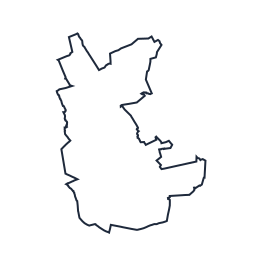 Huimilpan, Querétaro, Mexico (Natural Earth projection), rotated 350°
{"feature_id": "50627088B5826764416597", "entity_name": "Huimilpan", "entity_type": "district", "adm_level": 2, "iso_a3": "MEX", "parent_name": "Mexico", "parent_adm1": "Querétaro", "projection": "natural_earth1", "projection_center": [-100.316, 20.419], "detail": "fine", "context": "isolated", "style": "outline", "palette": "slate", "viewbox_px": 256, "rotation_deg": 350, "n_neighbors": 0, "source": "geoboundaries", "source_scale": "gbopen_adm2", "svg_char_len": 5499}
<svg xmlns="http://www.w3.org/2000/svg" viewBox="0 0 256 256"><g transform="rotate(350 128 128)"><path d="M67.0,212.0L68.5,213.9L68.6,214.1L70.8,216.0L71.5,216.5L72.9,217.4L73.3,217.3L78.9,216.9L79.1,217.0L79.4,217.2L79.4,217.5L79.8,218.0L80.3,218.5L81.3,219.5L81.7,219.9L82.4,220.8L83.3,221.6L85.7,223.8L86.8,224.8L88.6,226.1L90.4,227.1L91.2,227.7L91.6,226.7L92.7,224.4L94.3,220.4L104.0,224.1L105.4,224.7L113.7,227.9L118.9,229.8L120.0,229.9L120.8,229.8L123.0,229.7L126.0,229.4L128.7,228.8L129.1,228.7L130.5,228.3L133.2,227.7L134.7,227.6L135.0,227.5L135.8,227.4L136.3,227.3L137.4,227.2L138.7,227.5L139.2,227.6L139.8,227.6L141.4,227.2L142.0,227.1L145.9,227.0L147.3,226.8L148.1,226.7L148.7,226.6L150.1,226.3L152.3,220.2L153.8,216.6L154.4,215.1L154.7,214.3L155.7,211.6L156.4,207.9L156.7,206.1L156.1,205.5L155.8,204.8L155.2,204.8L155.2,203.8L157.1,203.5L157.3,202.2L170.6,203.7L171.7,203.8L176.2,204.4L176.6,204.4L176.9,204.5L177.3,204.2L181.4,201.7L182.6,200.5L182.5,200.2L182.8,199.5L182.7,198.2L183.0,198.2L183.3,198.3L183.3,198.5L183.2,199.0L183.3,199.0L183.6,199.1L188.4,197.0L188.8,197.1L189.0,197.4L190.9,196.5L193.9,190.3L194.5,189.7L194.8,189.9L198.6,173.6L196.2,171.6L195.7,171.7L195.3,171.8L194.2,171.8L193.7,172.1L193.0,170.5L192.8,170.3L191.7,169.8L191.0,169.0L190.5,168.2L189.5,172.9L170.6,173.7L156.8,174.3L153.9,174.3L152.6,171.8L154.0,170.2L150.5,165.0L155.6,162.2L155.6,161.9L155.2,158.4L155.0,157.4L155.1,155.6L154.9,154.9L154.9,154.5L156.1,154.5L156.8,154.6L157.0,154.7L157.8,154.4L159.5,154.5L160.0,154.5L159.9,154.9L161.4,154.9L162.0,154.9L166.3,155.1L168.6,152.2L168.3,151.6L168.2,151.6L166.7,148.9L166.0,147.7L164.8,148.0L162.9,148.5L158.3,148.8L158.3,147.8L157.6,146.2L156.8,145.1L155.9,143.8L154.9,142.4L154.7,142.1L154.3,141.4L153.5,141.9L153.8,144.5L145.3,146.9L142.6,147.7L142.2,146.6L141.6,145.5L141.4,144.6L138.0,144.2L137.6,143.2L137.5,142.3L137.2,141.6L137.0,140.5L136.9,140.3L136.6,140.2L136.3,139.9L136.1,139.6L136.1,139.3L136.1,138.8L136.0,138.6L135.8,138.7L135.8,138.0L136.2,137.7L136.4,137.6L136.5,137.3L136.4,137.2L136.6,136.8L136.5,136.4L136.1,136.0L135.9,135.4L136.0,134.9L136.4,134.4L136.8,133.9L137.1,133.5L137.9,133.0L137.3,132.5L137.0,131.5L136.8,131.2L136.6,131.0L136.4,130.9L136.4,130.7L136.7,130.3L136.9,130.2L137.4,130.2L137.5,130.0L137.7,129.9L137.9,129.5L136.7,126.0L135.3,122.6L134.1,119.4L133.3,117.5L133.0,116.4L127.9,109.2L127.4,108.2L126.7,106.6L125.9,105.1L124.6,105.7L124.7,104.8L125.8,104.3L128.3,104.3L128.6,104.3L132.9,104.4L141.1,104.4L150.1,99.2L149.3,97.2L148.1,97.4L147.1,96.5L148.0,96.1L148.3,96.0L149.6,95.6L151.7,96.1L151.9,96.6L152.4,96.5L152.6,97.2L153.7,97.3L154.5,98.0L155.1,98.2L155.8,98.5L156.9,98.1L157.4,98.0L154.0,83.4L156.6,75.7L156.8,75.7L157.9,75.1L158.3,74.7L158.5,74.4L160.5,69.4L161.3,67.3L161.7,66.0L161.9,64.7L162.1,63.8L167.7,63.3L169.2,60.1L169.7,58.3L173.6,54.0L175.4,52.0L174.3,49.9L174.1,48.0L172.8,46.5L169.0,47.8L167.1,42.0L163.6,43.4L153.3,41.9L153.0,42.1L146.0,46.2L134.9,48.4L132.1,49.7L128.8,50.1L123.2,51.6L122.4,59.3L122.0,61.7L121.6,61.5L121.4,61.4L120.1,61.4L119.3,61.6L119.0,61.8L118.7,62.1L118.1,62.1L117.8,62.2L117.7,62.2L117.2,62.6L116.5,63.2L115.5,64.3L115.3,64.4L112.1,65.0L111.5,65.3L109.5,65.9L108.9,64.4L107.7,61.4L103.5,51.3L103.1,50.3L102.5,49.0L101.6,46.6L100.9,45.3L99.3,41.1L99.3,40.9L99.1,40.5L98.9,40.3L98.6,39.9L98.2,39.4L98.1,39.2L97.9,38.8L97.9,37.7L97.8,37.4L97.8,37.1L97.8,36.8L97.9,36.6L97.9,35.5L98.0,35.0L98.0,34.5L98.0,34.3L98.0,34.0L97.8,33.5L97.7,33.4L97.5,33.2L97.4,32.9L97.0,32.2L96.8,31.9L96.7,31.6L96.5,30.9L96.4,30.8L96.2,30.5L96.0,30.3L95.9,30.1L95.8,29.8L95.8,29.6L95.7,29.4L95.5,29.0L95.5,28.7L95.4,28.1L95.3,27.9L95.3,27.6L95.3,27.4L95.3,27.1L95.2,26.9L95.1,26.7L94.9,26.5L94.6,26.1L93.1,26.6L85.6,28.2L86.4,43.4L84.1,44.5L84.1,44.8L84.1,45.0L83.9,45.2L83.8,45.4L83.5,45.7L83.3,45.9L83.1,46.0L82.5,46.3L82.0,46.4L81.8,46.4L81.6,46.4L80.1,46.6L70.7,48.7L71.5,49.5L73.7,59.9L75.4,67.2L74.7,68.4L75.6,68.8L78.2,75.5L78.1,75.8L80.2,76.9L73.4,77.8L67.1,78.0L66.0,78.7L64.2,79.3L64.2,79.5L64.3,80.0L64.3,80.6L64.8,82.8L64.9,83.0L65.0,83.3L65.2,83.5L65.5,83.5L65.7,84.1L65.9,84.8L65.7,85.1L65.7,85.3L66.2,87.7L66.4,87.7L66.4,87.8L66.8,89.1L67.0,89.6L67.2,92.5L67.3,92.8L67.7,94.9L68.0,94.9L68.4,95.1L68.6,95.5L69.1,97.1L69.1,97.5L69.5,98.6L69.7,98.9L69.7,99.6L69.7,100.0L69.6,100.3L68.9,100.6L68.7,101.2L68.2,101.3L67.1,101.2L68.1,104.5L68.0,105.1L68.0,105.8L67.3,107.7L67.4,108.5L67.8,108.8L67.6,109.6L68.9,111.1L69.0,112.0L68.7,112.6L68.7,112.9L68.7,113.4L68.5,113.7L68.5,114.0L68.3,114.6L67.7,114.7L67.7,114.8L67.9,115.4L67.6,115.4L67.4,116.0L67.1,116.1L67.0,115.8L66.6,116.2L66.9,116.5L66.5,116.5L66.4,116.8L65.8,116.7L65.9,117.2L65.5,117.6L65.3,118.8L65.5,119.2L65.5,119.9L65.1,120.2L65.0,123.1L66.2,125.3L67.0,126.6L67.5,127.9L69.0,130.4L67.2,131.6L66.9,131.7L66.7,131.8L63.4,133.9L63.1,134.2L62.0,134.9L58.7,137.3L58.5,162.1L59.0,162.4L59.6,162.9L62.2,164.6L64.4,166.2L66.5,167.6L67.3,168.2L69.3,169.7L66.6,170.2L65.1,170.6L64.7,170.8L63.9,170.9L63.1,171.1L62.1,171.4L60.5,171.8L59.8,171.9L59.2,171.9L58.4,172.2L57.4,172.6L57.8,172.9L58.3,173.2L58.4,173.6L58.8,173.9L59.1,174.2L59.0,174.7L59.1,175.0L59.9,176.3L60.1,176.6L60.2,176.9L60.4,177.1L60.9,177.4L61.6,178.2L62.3,179.5L62.5,179.7L62.8,180.5L63.3,180.6L63.5,182.1L63.8,182.4L63.7,182.8L64.0,184.4L64.0,186.2L64.3,187.7L64.4,188.0L64.4,188.6L64.6,189.2L64.7,190.4L65.1,190.9L65.3,191.1L65.0,195.5L64.4,201.2L64.5,201.8L64.6,208.0L65.1,208.9L67.0,212.0Z" fill="none" stroke="#1e293b" stroke-width="2"/></g></svg>